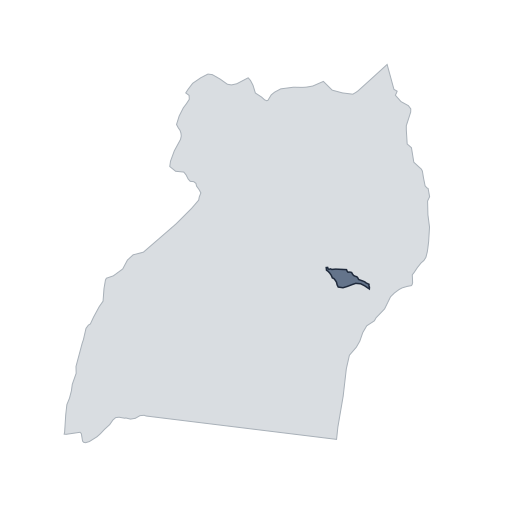 location of Pallisa within Uganda, rotated 7°
{"feature_id": "UGA-3076", "entity_name": "Pallisa", "entity_type": "District", "adm_level": 1, "iso_a3": "UGA", "parent_name": "Uganda", "parent_adm1": "", "projection": "natural_earth1", "projection_center": [33.743, 1.214], "detail": "fine", "context": "in_parent", "style": "filled", "palette": "slate", "viewbox_px": 512, "rotation_deg": 7, "n_neighbors": 0, "source": "natural_earth", "source_scale": "10m", "svg_char_len": 2866}
<svg xmlns="http://www.w3.org/2000/svg" viewBox="0 0 512 512"><g transform="rotate(7 256 256)"><path d="M358.3,428.2L351.4,428.2L340.3,428.2L329.2,428.2L318.0,428.2L306.9,428.2L295.8,428.2L284.6,428.2L273.5,428.2L262.4,428.2L251.2,428.2L240.1,428.2L229.0,428.2L217.8,428.2L206.7,428.2L195.6,428.2L184.4,428.2L173.3,428.2L166.7,428.2L165.4,428.0L164.5,427.7L160.3,428.6L156.0,431.8L151.3,433.2L146.4,432.6L145.8,433.0L143.3,432.9L139.7,432.7L136.4,433.5L133.9,436.3L131.4,441.1L126.8,446.5L123.2,451.4L120.2,454.8L113.2,460.5L109.5,462.1L107.6,461.9L106.4,460.8L104.3,453.6L102.9,452.4L89.4,456.1L87.3,456.2L87.5,453.9L86.5,436.9L86.4,426.5L88.2,419.9L89.2,412.4L89.3,405.7L91.8,394.4L90.8,387.6L94.1,363.9L94.9,360.0L96.1,348.5L98.1,345.0L99.9,343.6L102.2,336.5L106.6,325.3L109.7,319.5L109.1,306.8L109.5,298.2L110.2,296.3L116.8,293.1L125.3,285.1L128.9,275.7L133.9,269.8L143.8,265.9L172.9,233.7L186.4,216.4L192.3,207.5L192.5,204.3L193.6,200.1L191.3,196.9L188.5,193.9L187.5,191.2L185.1,189.8L181.6,189.9L179.3,187.9L176.7,184.0L174.1,181.5L165.9,181.7L159.5,177.7L159.6,172.3L162.1,161.6L166.9,149.4L167.2,146.0L166.5,143.1L165.3,140.6L163.2,138.2L161.1,135.2L162.7,126.4L165.8,117.8L168.3,113.5L170.7,108.6L170.0,104.7L166.4,102.7L168.3,98.8L172.1,92.3L179.6,85.7L186.1,81.3L190.5,81.3L198.9,84.8L206.6,89.0L210.8,89.2L215.9,87.4L226.5,80.1L229.1,82.4L232.2,86.9L235.5,94.3L242.2,97.6L245.4,99.9L247.7,100.6L248.9,100.0L251.5,94.2L254.5,91.1L260.2,87.1L272.6,83.9L281.5,83.0L285.3,82.3L291.6,80.4L301.6,74.5L311.4,82.1L322.0,83.6L332.4,83.6L335.5,81.2L337.3,79.5L348.2,66.9L362.8,49.9L372.6,73.8L376.0,75.2L375.5,77.3L374.7,79.4L381.1,85.1L388.9,88.2L391.7,91.1L392.0,94.3L389.3,108.4L389.8,112.4L392.4,126.4L397.1,129.6L401.2,143.7L409.6,149.7L410.8,151.5L412.8,158.3L415.3,165.8L417.4,167.6L418.6,168.0L421.1,176.0L419.6,180.5L421.6,194.1L424.7,206.2L425.6,220.7L425.6,227.1L425.5,231.1L424.8,236.6L423.3,239.8L420.6,242.9L417.6,247.8L415.0,253.0L413.4,255.6L414.7,263.4L414.4,265.5L413.7,266.5L409.9,267.7L405.0,269.8L402.0,271.9L397.9,275.8L394.5,280.1L390.1,292.8L382.7,302.7L381.4,305.9L374.4,311.8L371.3,319.0L369.4,327.9L366.7,334.3L360.8,343.1L359.4,356.9L359.6,384.5L358.1,415.9L358.3,428.2Z" fill="#d9dde1" stroke="#a8b0b8" stroke-width="1"/><path d="M329.4,262.4L327.7,261.5L327.1,258.9L328.5,258.6L329.2,260.1L330.2,260.3L331.4,259.7L332.9,260.1L336.7,259.3L346.0,258.6L347.5,258.5L348.1,259.7L349.3,260.9L351.1,260.5L352.9,260.7L354.0,262.2L355.2,263.4L356.8,264.0L358.6,264.3L359.8,265.4L360.7,266.8L366.2,268.1L367.5,268.6L368.7,269.4L371.6,270.3L371.7,271.8L372.4,273.1L372.5,274.9L369.7,273.5L367.4,272.3L363.2,270.8L358.3,271.0L355.2,272.5L350.5,275.0L346.2,276.9L341.4,276.8L340.0,274.7L339.1,272.2L337.7,270.5L336.1,268.9L335.2,268.6L334.5,268.5L333.0,265.9L331.3,264.0L329.4,262.4Z" fill="#64748b" stroke="#1e293b" stroke-width="1.5"/></g></svg>